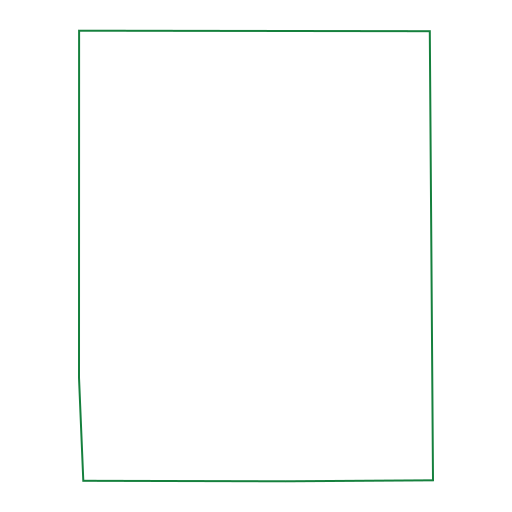 Davison, South Dakota, United States of America
{"feature_id": "52423323B35289781006587", "entity_name": "Davison", "entity_type": "district", "adm_level": 2, "iso_a3": "USA", "parent_name": "United States of America", "parent_adm1": "South Dakota", "projection": "equal_earth", "projection_center": [-98.192, 43.675], "detail": "fine", "context": "isolated", "style": "outline", "palette": "green", "viewbox_px": 512, "rotation_deg": 0, "n_neighbors": 0, "source": "geoboundaries", "source_scale": "gbopen_adm2", "svg_char_len": 204}
<svg xmlns="http://www.w3.org/2000/svg" viewBox="0 0 512 512"><path d="M79.1,30.7L79.0,377.6L83.3,480.8L285.5,481.3L433.0,480.3L429.8,31.2L79.1,30.7Z" fill="none" stroke="#15803d" stroke-width="2"/></svg>